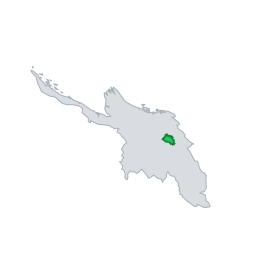 location of Yinmarbin, Sagaing, Myanmar, rotated 130°
{"feature_id": "60261553B62517193175445", "entity_name": "Yinmarbin", "entity_type": "district", "adm_level": 2, "iso_a3": "MMR", "parent_name": "Myanmar", "parent_adm1": "Sagaing", "projection": "equal_earth", "projection_center": [94.702, 22.309], "detail": "fine", "context": "in_parent", "style": "filled", "palette": "green", "viewbox_px": 256, "rotation_deg": 130, "n_neighbors": 0, "source": "geoboundaries", "source_scale": "gbopen_adm2", "svg_char_len": 5923}
<svg xmlns="http://www.w3.org/2000/svg" viewBox="0 0 256 256"><g transform="rotate(130 128 128)"><path d="M159.3,112.6L157.2,111.3L155.7,112.5L153.3,112.1L153.6,114.7L152.3,115.5L149.9,115.3L148.5,119.2L143.6,120.3L140.3,119.5L138.6,123.0L138.5,127.1L137.6,129.5L138.0,133.7L135.9,134.8L134.6,134.5L135.3,136.5L137.0,137.3L138.0,141.6L137.7,143.3L144.4,153.4L146.5,161.3L148.1,160.2L148.6,161.0L148.0,163.1L145.9,164.7L145.7,173.2L142.3,175.2L142.4,178.0L142.8,180.0L145.8,185.6L149.2,189.4L151.1,193.5L151.5,199.5L151.0,202.0L151.9,205.6L153.7,208.0L155.7,217.5L151.8,225.9L147.8,231.4L147.3,237.3L146.1,239.2L145.4,237.4L145.1,231.2L147.0,227.4L147.6,219.8L148.9,218.3L148.2,217.5L146.6,218.0L147.2,212.0L146.3,211.7L147.0,210.5L146.0,200.4L142.9,193.3L142.5,190.3L142.0,194.4L141.7,193.6L141.6,188.0L139.8,182.0L139.9,181.4L140.8,182.0L140.0,180.6L139.4,180.9L138.9,179.4L137.9,166.9L136.7,165.1L137.1,159.7L138.0,158.4L134.8,158.9L133.3,154.4L133.1,151.9L129.9,148.2L130.5,149.4L129.9,150.6L130.5,152.7L129.2,156.6L127.9,158.4L126.1,159.2L124.8,158.0L124.5,156.0L123.9,155.9L125.2,159.9L120.1,163.3L119.3,165.7L116.6,168.8L115.8,168.4L116.2,164.2L114.7,167.5L112.6,167.6L112.1,163.1L111.2,165.7L110.0,166.5L110.4,159.1L110.0,161.2L108.0,164.2L106.0,165.2L106.4,159.0L109.1,149.3L109.3,146.1L107.9,138.4L105.5,131.9L106.2,131.8L104.6,129.9L104.4,125.1L103.5,126.9L103.3,129.9L101.3,128.3L99.4,124.1L100.2,123.8L102.4,125.7L103.6,124.6L104.0,123.3L100.5,119.2L101.3,117.5L100.2,117.6L97.2,115.6L96.4,116.0L96.8,117.7L96.1,118.2L95.0,115.6L95.8,114.3L95.1,114.2L95.6,111.9L95.3,111.6L93.9,114.6L93.1,113.9L94.0,112.4L93.6,111.4L92.4,109.6L92.5,112.9L89.4,107.8L87.6,100.8L89.0,99.0L91.4,101.1L91.2,92.5L92.3,90.7L94.7,92.2L95.4,90.1L96.4,89.5L95.8,83.6L96.6,79.9L98.2,79.2L98.6,76.2L98.8,72.1L98.1,67.5L99.6,68.6L101.3,68.2L105.2,69.7L106.7,64.4L110.4,55.7L109.0,53.7L109.3,52.5L112.5,48.0L114.2,43.9L113.4,40.3L114.1,37.4L117.1,35.5L123.5,29.5L128.2,28.7L130.2,31.0L131.5,31.2L129.5,25.7L133.5,21.6L133.4,18.3L135.2,14.8L136.3,15.0L137.3,16.6L138.3,16.6L140.2,19.2L142.0,26.1L143.4,24.9L145.1,25.9L146.0,36.2L145.6,42.2L144.6,43.6L145.4,46.0L143.7,46.9L142.6,49.3L140.9,49.5L139.8,52.8L138.1,53.3L137.2,55.9L137.4,57.9L136.0,59.0L135.6,62.4L136.8,63.7L137.2,65.5L135.9,69.3L137.0,69.5L141.7,66.9L145.0,67.4L147.2,66.8L145.9,69.4L147.3,72.7L147.6,77.9L152.6,79.4L153.4,80.7L152.3,82.3L150.7,90.8L157.2,91.9L157.5,95.2L158.9,96.4L159.1,98.2L160.0,98.8L163.5,98.7L165.6,96.4L168.2,95.5L168.4,97.3L167.8,98.7L164.9,100.6L163.0,104.4L162.9,105.3L163.8,106.1L160.4,107.6L159.3,112.6ZM101.4,121.9L103.5,123.4L103.1,124.6L101.8,124.7L100.8,122.6L101.4,121.9ZM143.6,206.4L145.0,208.9L143.6,210.6L143.6,206.4ZM101.2,132.5L100.1,131.6L99.3,130.3L101.7,130.3L101.2,132.5ZM145.6,217.2L145.7,220.5L144.8,220.2L144.2,217.4L145.6,217.2ZM109.1,165.1L107.7,167.2L107.5,165.4L109.4,162.8L109.1,165.1ZM136.6,162.3L135.7,161.6L135.6,159.7L136.3,159.2L136.8,160.1L136.6,162.3ZM142.8,221.3L142.6,220.2L143.5,217.5L143.4,219.8L142.8,221.3ZM142.4,227.4L143.5,229.9L143.3,230.4L142.2,228.5L141.6,228.6L142.4,227.4ZM146.4,215.3L145.1,216.0L145.0,213.7L146.4,215.3ZM143.5,239.0L142.0,241.2L142.2,240.0L143.5,239.0ZM94.6,115.9L95.2,118.6L94.2,115.4L94.6,115.9ZM143.6,201.2L143.5,203.2L143.1,199.9L143.6,201.2ZM99.4,117.8L99.6,119.5L98.7,117.1L99.4,117.8ZM142.0,212.9L141.1,211.9L141.4,211.2L141.9,211.3L142.0,212.9ZM141.3,209.9L140.8,211.3L140.2,210.5L140.6,209.9L141.3,209.9ZM141.5,218.1L141.5,219.3L140.9,216.5L141.5,218.1ZM111.3,167.6L110.6,167.5L111.5,166.2L111.6,166.7L111.3,167.6ZM145.8,227.7L145.2,227.5L145.7,226.1L145.8,227.7Z" fill="#d9dde1" stroke="#a8b0b8" stroke-width="1"/><path d="M107.7,94.2L107.8,94.3L108.0,94.4L108.2,94.5L108.3,94.6L108.5,94.8L108.8,94.8L108.9,94.5L108.9,94.4L108.9,94.2L109.0,94.1L109.1,94.3L109.3,94.3L109.3,94.2L109.4,94.3L109.4,94.2L109.5,94.2L109.6,93.9L109.6,94.0L109.8,93.9L110.0,93.8L110.3,94.0L110.5,94.0L110.7,94.3L110.8,94.3L111.0,94.3L111.0,94.2L111.3,94.0L111.5,94.0L111.8,93.9L111.9,94.0L112.1,94.1L112.4,94.3L112.5,94.3L112.8,94.3L113.2,94.3L113.3,94.3L113.3,94.2L113.4,94.3L113.5,94.2L113.6,94.3L113.7,94.1L113.8,94.1L114.0,94.1L114.3,94.2L114.5,94.3L114.5,94.2L114.4,94.0L114.4,93.8L114.4,93.7L114.3,93.4L114.3,93.1L114.2,92.9L114.3,92.7L114.2,92.5L114.3,92.4L114.2,92.3L114.3,92.2L114.3,91.9L114.3,91.6L114.3,91.4L114.3,91.2L114.1,91.0L114.0,90.8L113.9,90.7L113.8,90.4L113.7,90.0L113.8,89.9L113.7,89.9L113.7,89.7L113.5,89.3L113.4,89.2L113.3,88.6L113.2,88.4L113.0,88.2L112.9,88.1L112.9,87.9L112.7,87.5L112.7,87.4L112.6,87.2L112.5,86.9L112.4,86.8L112.5,86.8L112.5,86.5L112.5,86.4L112.6,86.1L112.6,85.8L112.7,85.7L112.8,85.4L112.7,85.2L112.6,84.9L112.7,84.7L112.4,84.6L112.4,84.4L112.3,84.2L112.2,84.0L112.2,83.9L112.1,84.0L111.9,84.2L111.7,84.3L111.6,84.2L111.5,83.9L111.4,83.9L111.4,83.7L111.5,83.4L111.4,83.3L111.4,83.2L111.2,83.2L110.9,83.0L111.0,82.9L110.9,82.9L111.0,82.8L111.1,82.7L111.0,82.4L110.9,82.2L110.8,82.3L110.7,82.4L110.4,82.5L110.2,82.4L109.9,82.3L109.8,82.5L109.8,82.9L109.7,83.1L109.7,83.4L109.7,83.5L109.6,83.8L109.5,84.0L109.4,84.0L109.2,83.9L109.0,84.0L108.9,84.1L108.7,84.2L108.6,84.4L108.4,84.4L108.3,84.5L108.2,84.5L108.3,84.5L108.4,84.8L108.2,84.9L107.9,84.8L107.8,85.0L107.7,85.1L107.6,85.3L107.7,85.5L107.7,85.8L107.7,86.1L107.8,86.5L107.8,86.8L107.8,87.0L107.8,87.3L107.6,87.3L107.4,87.5L107.4,87.8L107.3,88.2L107.2,88.4L107.2,88.5L107.2,88.8L107.0,89.0L106.9,89.1L106.6,89.2L106.6,88.8L106.6,88.7L106.4,88.4L106.4,88.5L106.2,88.7L106.3,88.8L106.3,89.0L106.4,89.3L106.4,89.6L106.5,89.8L106.5,90.0L106.7,90.4L106.7,90.6L106.8,90.7L107.0,90.5L107.2,90.8L107.3,90.8L107.5,90.9L107.7,90.7L107.8,90.6L107.9,91.0L107.8,91.3L107.9,91.5L108.0,91.6L107.9,91.6L108.0,91.7L108.0,91.9L107.9,91.9L107.8,92.0L107.7,92.3L107.8,92.5L107.8,93.0L107.8,93.3L107.8,93.6L107.7,93.8L107.8,93.9L107.8,94.0L107.7,94.1L107.7,94.2Z" fill="#22c55e" stroke="#15803d" stroke-width="1.5"/></g></svg>